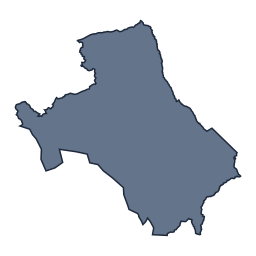 outline of Nogoonnuur, Bayan-Ölgiy, Mongolia
{"feature_id": "93677404B33313948817102", "entity_name": "Nogoonnuur", "entity_type": "district", "adm_level": 2, "iso_a3": "MNG", "parent_name": "Mongolia", "parent_adm1": "Bayan-Ölgiy", "projection": "orthographic", "projection_center": [90.114, 49.534], "detail": "fine", "context": "isolated", "style": "filled", "palette": "slate", "viewbox_px": 256, "rotation_deg": 0, "n_neighbors": 0, "source": "geoboundaries", "source_scale": "gbopen_adm2", "svg_char_len": 5722}
<svg xmlns="http://www.w3.org/2000/svg" viewBox="0 0 256 256"><path d="M240.6,176.1L239.3,174.8L238.4,174.3L238.1,173.1L237.3,171.6L237.0,170.2L236.5,169.2L234.7,167.8L234.2,167.2L234.0,166.5L234.3,163.7L234.7,162.0L234.7,160.5L235.1,159.2L235.6,158.7L235.2,158.0L234.0,158.5L233.9,157.9L234.4,156.7L234.9,156.6L235.3,156.1L236.6,155.6L236.5,155.1L236.6,153.5L237.1,152.7L211.9,128.2L206.9,131.2L203.6,128.7L202.9,127.2L202.1,126.6L201.6,125.8L200.3,124.8L199.7,123.3L198.7,123.5L198.2,122.6L197.3,121.9L196.6,120.8L196.2,119.4L195.8,118.7L195.7,118.1L195.0,116.7L194.9,115.6L194.0,114.9L192.6,112.0L191.2,110.4L191.0,109.6L189.7,108.1L186.2,106.3L184.6,106.1L182.9,105.0L182.1,104.1L181.3,104.1L180.7,102.8L179.9,102.2L179.0,100.1L178.6,100.0L177.5,101.3L176.4,101.5L175.9,99.1L175.2,98.6L174.5,97.8L174.5,97.5L174.7,97.4L174.7,97.0L173.8,95.1L173.3,94.7L173.1,93.0L172.7,92.2L172.5,91.2L171.8,90.4L171.1,87.8L169.5,86.1L169.0,84.6L168.3,84.0L167.3,81.8L166.3,80.9L165.8,80.1L164.9,79.5L164.3,77.9L163.6,77.5L163.3,77.0L163.4,75.9L162.6,73.3L162.7,72.4L162.1,71.9L162.4,71.4L162.3,70.9L162.5,70.2L162.5,69.5L162.6,68.9L162.5,67.0L162.0,65.8L161.9,63.9L161.4,63.3L161.5,62.9L162.1,62.3L162.3,61.3L162.0,60.3L161.5,59.9L161.8,59.2L160.8,58.0L161.0,57.2L160.5,56.3L160.5,54.7L159.4,53.7L159.4,53.4L159.9,53.1L159.9,52.2L159.4,51.8L159.1,50.8L158.1,50.4L158.1,49.9L157.4,48.9L157.4,48.2L157.1,46.5L157.3,46.0L157.0,45.6L156.9,45.1L156.9,44.7L157.2,44.3L157.0,43.6L156.4,43.0L156.6,41.6L156.2,40.8L156.4,40.2L156.0,39.9L155.6,39.2L154.7,39.0L154.7,38.3L154.4,37.8L154.8,37.2L154.8,36.9L154.4,36.2L153.2,35.9L153.3,34.8L152.1,33.3L152.3,32.7L151.8,31.1L152.3,30.6L152.2,30.3L151.5,29.7L150.7,28.6L150.6,28.1L150.9,27.6L149.9,26.4L148.6,26.3L148.1,25.7L147.4,25.5L144.1,25.0L143.5,24.4L143.1,22.8L142.5,22.4L141.9,21.4L140.7,20.6L140.2,21.2L139.9,22.8L138.9,23.0L138.6,23.5L137.7,23.8L137.0,24.6L135.9,24.9L135.1,25.6L133.7,27.4L132.2,27.0L129.5,27.5L129.2,27.8L128.2,28.0L126.5,29.4L124.4,29.5L122.4,31.0L120.8,31.5L119.5,31.6L117.0,30.1L116.1,30.2L114.5,30.8L114.2,31.2L110.7,32.0L107.6,31.5L104.9,32.1L104.0,32.0L102.4,32.8L100.9,32.6L97.7,32.9L96.0,33.8L93.5,33.9L90.6,34.7L82.7,39.0L76.8,40.7L77.5,40.7L78.2,41.1L79.5,42.5L80.7,42.0L82.4,42.5L82.8,44.2L82.6,45.2L82.8,45.4L82.9,47.0L82.4,47.4L81.6,47.4L80.6,48.5L80.2,49.9L80.4,50.4L79.9,50.7L79.8,52.2L81.1,53.0L81.2,54.1L81.9,54.2L82.4,56.3L83.7,56.4L84.4,56.7L84.4,57.3L83.8,58.1L83.9,58.9L84.4,59.5L85.6,60.2L85.5,60.7L84.6,62.1L84.2,62.4L83.3,62.5L81.8,62.4L81.8,62.8L82.3,64.1L82.3,64.8L81.1,65.2L81.0,65.7L81.6,66.3L83.2,66.3L85.4,68.4L85.9,68.4L87.3,69.4L87.4,70.0L89.0,70.7L92.1,69.9L92.7,68.8L94.0,68.8L94.8,69.5L94.6,72.0L95.5,73.2L95.4,73.6L94.7,74.1L94.8,75.0L94.5,75.5L94.5,76.1L95.3,77.4L95.7,77.6L95.8,78.2L94.6,80.2L94.6,80.7L94.8,81.2L95.1,81.3L95.5,82.6L96.0,83.4L95.1,84.3L94.0,84.0L92.2,84.8L89.6,86.7L89.7,87.2L89.4,88.4L89.0,89.0L87.0,89.4L85.4,90.3L81.9,91.5L77.0,93.9L75.8,94.2L74.7,94.1L73.8,94.4L73.2,94.0L70.7,93.3L69.5,93.5L68.5,94.2L65.4,94.8L64.5,96.0L64.6,96.4L63.6,96.9L63.2,96.8L62.7,97.6L62.1,97.9L57.9,98.8L56.6,97.6L55.6,99.0L54.4,102.0L52.5,104.4L53.1,104.8L53.3,105.4L52.7,107.0L51.8,107.5L50.9,108.8L50.5,108.9L49.6,108.1L48.4,107.7L46.5,109.8L44.7,109.9L45.1,110.3L45.4,111.1L45.6,112.0L46.4,113.4L45.3,113.4L44.7,113.8L43.4,114.0L42.1,115.4L41.9,116.2L40.3,115.9L39.6,116.4L37.9,116.1L39.8,114.0L37.4,112.9L35.3,111.3L34.2,111.5L33.2,110.2L33.0,109.5L30.7,108.1L30.3,107.5L30.1,106.6L29.4,105.3L27.8,104.1L26.5,103.6L26.2,102.8L25.5,101.8L24.7,101.6L24.0,102.0L23.2,101.8L22.6,102.3L21.8,102.3L19.8,103.8L17.6,104.2L16.3,104.8L15.5,106.7L15.4,107.5L15.5,108.0L16.1,109.1L17.8,110.8L17.9,111.7L17.1,112.8L17.2,113.6L16.3,114.7L17.9,116.1L18.6,118.5L20.0,119.0L21.4,120.4L21.7,120.8L21.8,121.8L22.6,123.3L22.4,124.4L21.9,125.1L20.0,126.0L29.7,129.2L32.5,134.6L36.2,138.9L41.4,149.2L41.0,159.3L46.0,170.9L54.9,167.9L62.7,162.4L59.4,149.3L75.9,151.7L87.2,154.1L89.8,162.8L98.0,164.6L103.2,170.7L112.5,177.9L123.4,187.6L123.8,194.7L127.8,205.5L129.0,209.4L137.8,213.6L138.7,215.4L138.8,216.7L141.5,221.2L142.9,224.6L145.6,221.8L147.6,218.1L150.4,221.7L153.7,227.9L152.5,234.7L167.2,235.4L167.2,234.2L167.8,233.4L170.2,232.1L172.8,232.2L174.1,231.7L174.4,231.0L174.3,230.5L174.6,230.0L176.3,229.5L177.0,228.3L179.5,225.8L179.8,225.2L180.1,224.9L180.0,223.5L180.4,223.1L181.1,221.2L184.9,221.6L185.8,221.5L188.9,218.5L189.9,219.3L191.4,219.4L191.9,219.8L192.0,220.5L191.5,221.1L191.9,222.9L192.3,223.6L192.5,224.3L193.1,225.0L193.4,226.3L194.5,227.1L194.4,228.3L195.3,230.0L195.7,233.4L197.0,234.0L198.7,234.3L199.2,234.6L200.2,234.5L200.4,234.4L200.5,233.8L200.2,232.5L201.1,230.7L201.1,230.0L201.7,229.1L201.0,228.3L201.3,227.2L201.3,226.7L200.6,225.6L201.4,224.3L202.2,224.0L202.9,221.5L203.8,220.1L203.7,219.6L204.1,218.2L204.0,217.5L204.4,216.9L204.3,216.4L203.7,216.4L203.3,216.1L202.6,216.1L202.9,214.8L201.4,214.3L201.1,212.4L201.4,211.7L201.3,210.7L201.9,209.7L201.1,207.6L201.1,207.1L202.0,206.1L203.1,203.5L203.8,202.5L203.9,202.3L203.6,201.5L203.7,200.8L204.6,200.5L204.9,199.7L205.9,198.8L206.2,197.7L207.1,196.7L208.1,196.9L209.3,196.4L210.8,196.6L211.7,195.9L213.1,195.6L213.4,195.0L214.3,194.9L214.9,193.7L215.4,193.2L215.3,192.9L215.4,192.7L217.8,191.7L218.1,191.3L219.2,189.4L219.2,188.5L219.6,187.9L219.4,187.3L220.0,186.7L220.5,185.6L221.0,185.3L221.5,185.4L221.9,185.2L222.2,184.6L222.9,184.4L223.4,184.0L223.5,183.3L224.2,182.7L224.8,182.9L226.6,181.9L227.2,180.4L228.2,180.5L228.3,180.2L228.8,180.2L231.2,178.4L232.2,178.2L233.2,178.6L234.6,178.4L234.6,177.8L234.9,177.2L235.9,177.1L236.3,176.4L237.0,176.2L237.4,176.6L239.1,176.9L240.0,176.7L240.6,176.1Z" fill="#64748b" stroke="#1e293b" stroke-width="1.5"/></svg>